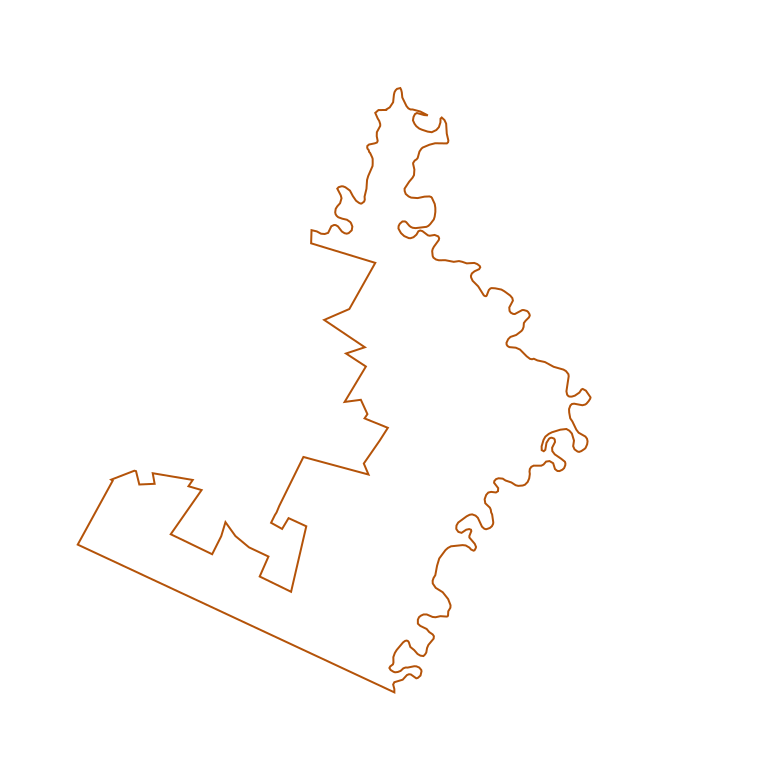 outline of Benemérito de las Américas, Chiapas, Mexico, rotated 25°
{"feature_id": "50627088B65687353920950", "entity_name": "Benemérito de las Américas", "entity_type": "district", "adm_level": 2, "iso_a3": "MEX", "parent_name": "Mexico", "parent_adm1": "Chiapas", "projection": "orthographic", "projection_center": [-90.543, 16.339], "detail": "fine", "context": "isolated", "style": "outline", "palette": "amber", "viewbox_px": 768, "rotation_deg": 25, "n_neighbors": 0, "source": "geoboundaries", "source_scale": "gbopen_adm2", "svg_char_len": 6165}
<svg xmlns="http://www.w3.org/2000/svg" viewBox="0 0 768 768"><g transform="rotate(25 384 384)"><path d="M253.3,275.2L258.5,287.3L324.9,277.9L320.9,330.7L302.7,351.2L351.1,358.8L336.7,372.4L360.2,375.8L355.9,416.9L369.7,408.1L381.7,418.3L380.9,423.4L406.0,422.1L404.0,437.2L399.3,464.6L408.2,472.6L341.8,484.2L340.6,538.8L340.9,545.9L340.5,548.9L340.3,557.5L352.9,558.4L354.2,545.9L373.7,545.8L387.6,611.6L352.7,611.0L352.2,589.2L330.7,589.1L313.6,584.6L298.7,576.2L300.8,590.7L300.2,610.9L254.2,610.3L263.5,557.2L250.0,559.3L251.2,551.8L212.1,562.6L218.3,571.4L204.7,578.5L196.1,567.8L194.4,568.1L177.2,586.0L179.0,586.3L174.3,659.0L523.7,659.1L522.3,656.1L519.3,652.5L519.4,649.9L525.9,644.1L527.8,638.1L529.3,636.5L531.1,635.9L537.6,637.1L538.8,636.2L540.3,632.8L539.4,628.5L538.6,627.4L535.8,626.1L532.7,626.2L530.7,627.0L525.3,631.0L523.3,631.9L521.7,633.5L520.3,637.0L518.2,639.2L515.9,640.6L514.3,640.8L510.9,640.4L508.9,639.1L509.0,637.3L510.6,634.3L510.3,632.5L507.9,627.6L507.5,623.2L507.9,619.7L510.5,610.1L511.7,607.9L513.1,606.9L514.5,606.9L515.7,607.6L519.0,611.2L523.8,612.4L528.5,614.5L531.8,614.8L534.7,613.9L535.5,611.8L535.8,609.5L534.6,605.1L534.5,601.7L536.6,593.8L535.8,591.5L534.0,590.4L529.8,589.7L526.2,588.0L519.1,587.9L516.0,586.9L514.3,583.3L514.3,580.5L515.4,578.3L517.2,576.2L520.1,574.8L526.5,574.6L529.3,573.6L533.2,570.6L539.1,568.3L539.8,567.7L539.9,566.8L538.3,562.8L538.7,558.7L537.8,556.4L533.0,551.8L525.2,547.9L517.0,546.9L512.5,544.2L511.2,541.7L510.9,538.8L511.3,535.6L508.9,526.3L507.8,518.8L509.9,508.6L511.2,505.6L513.3,502.8L523.3,496.8L526.3,495.8L530.6,496.2L532.8,497.2L535.6,497.2L536.3,496.5L536.5,494.2L536.3,492.8L533.8,490.5L526.3,487.1L525.6,485.7L525.3,480.4L524.4,479.3L522.5,479.5L520.1,481.3L517.2,486.1L513.9,486.6L511.0,485.0L510.5,484.3L509.5,481.6L509.8,478.2L514.8,469.0L516.9,466.3L519.0,464.9L522.6,464.6L525.6,465.6L533.1,471.9L536.1,472.8L537.9,472.5L539.1,471.4L540.8,469.7L541.9,467.3L542.0,464.7L541.5,463.2L537.1,456.5L535.4,455.1L533.9,452.8L532.2,451.3L526.2,449.3L523.9,445.9L523.5,441.3L524.4,438.3L526.7,436.5L531.3,435.0L532.6,433.0L531.5,430.1L525.5,427.0L525.0,425.3L525.8,422.8L527.7,421.0L531.6,419.6L534.9,420.1L541.1,419.4L546.1,420.1L548.7,419.6L552.6,417.4L554.3,415.7L555.6,412.1L555.5,408.2L554.2,403.9L552.9,401.9L552.1,399.4L552.5,396.8L554.2,394.7L561.0,391.6L562.6,389.6L563.7,385.8L566.6,383.9L570.8,384.3L574.9,388.8L577.2,389.4L578.1,389.5L579.9,388.7L581.9,386.3L582.4,385.1L582.8,384.1L582.6,380.9L581.9,379.2L580.8,378.0L576.3,376.9L568.5,375.6L564.9,373.7L563.3,370.7L563.5,364.3L562.2,362.2L561.1,361.6L558.7,361.8L557.5,362.6L556.7,363.9L556.1,368.6L558.0,375.5L557.2,377.4L554.9,377.3L553.2,373.9L552.2,367.2L552.5,363.5L554.4,359.6L556.6,356.8L563.1,350.9L568.3,347.7L571.8,348.0L575.2,349.5L580.1,355.0L581.7,360.4L584.3,362.7L587.9,363.4L589.5,363.1L591.2,361.4L593.3,357.9L593.7,356.6L593.6,352.8L592.7,349.9L591.1,347.8L588.7,346.5L581.0,345.9L577.6,344.1L570.5,338.3L567.3,336.4L563.9,331.6L562.3,328.5L562.0,324.7L562.8,322.7L564.6,321.5L572.8,319.4L575.0,317.6L575.8,316.3L576.7,313.1L577.1,310.1L576.8,308.8L569.8,304.7L566.2,304.5L565.3,305.5L564.7,309.2L561.9,313.9L559.6,316.0L557.7,316.9L556.4,317.1L554.5,316.3L552.4,313.5L548.1,298.9L547.0,297.2L543.5,295.4L540.6,295.1L530.5,296.7L520.5,296.1L513.0,297.8L509.1,297.8L507.7,299.0L505.7,299.5L501.6,298.6L492.7,295.3L488.1,295.4L482.0,297.6L480.0,297.4L478.5,296.5L477.6,294.9L477.6,290.9L478.7,287.9L483.1,283.7L486.2,277.8L486.6,276.0L486.4,273.3L485.0,269.6L485.6,266.8L487.2,262.4L487.2,260.4L486.4,259.3L484.2,257.8L482.6,257.4L479.5,257.9L478.0,258.6L473.0,265.3L471.4,265.9L468.8,265.8L466.9,264.7L465.2,261.7L465.6,254.0L464.0,251.9L461.0,250.5L453.9,249.1L450.5,248.8L444.3,250.3L441.0,251.6L440.1,252.4L439.3,254.5L439.7,260.5L439.4,261.2L438.5,261.6L437.0,261.5L428.1,255.7L420.7,253.0L418.0,250.7L417.1,249.3L416.9,246.7L418.4,243.6L421.7,239.7L421.9,237.5L420.9,236.6L417.9,235.9L414.7,236.1L408.0,239.7L403.2,240.2L400.0,240.9L395.6,243.8L387.2,245.9L381.4,248.7L378.5,249.2L375.4,248.6L374.0,247.4L371.5,243.2L371.1,241.2L371.2,238.6L372.8,230.4L372.4,228.6L370.8,227.3L366.9,227.5L362.8,230.3L361.0,230.7L354.2,229.2L351.9,229.6L350.6,231.1L350.3,234.9L348.7,238.5L346.5,240.6L344.9,241.3L339.8,241.4L335.7,240.1L334.1,239.0L331.4,237.0L330.5,234.7L330.6,232.1L332.0,228.9L334.3,227.8L335.7,227.9L340.1,229.9L341.8,230.3L343.9,230.3L346.7,229.4L356.1,223.6L357.4,221.9L358.3,219.6L359.6,213.8L359.2,210.9L357.8,206.3L356.1,202.7L353.9,199.4L348.7,195.0L347.7,194.6L345.9,194.8L341.5,197.1L335.9,201.3L329.8,203.6L327.0,203.6L323.4,202.6L321.2,200.4L320.1,198.3L321.3,190.1L322.7,184.9L322.9,182.0L320.9,176.8L317.3,172.1L317.0,171.2L317.4,168.5L318.6,166.6L319.0,164.9L317.9,158.3L318.5,154.8L319.2,153.3L324.1,147.9L328.6,144.2L339.3,139.4L339.9,137.8L339.4,136.1L335.1,130.6L330.3,121.8L327.2,119.2L323.7,118.1L323.1,119.6L324.6,123.1L325.2,128.0L324.1,131.7L320.9,135.6L316.9,136.8L310.9,137.5L308.0,137.6L304.3,136.7L301.6,135.2L298.8,132.8L297.9,129.5L298.0,126.3L299.3,124.5L306.7,123.3L310.2,122.0L301.7,121.7L293.9,123.1L292.0,124.0L289.6,123.9L286.9,122.6L279.5,116.6L276.9,112.2L275.2,110.1L273.7,108.9L271.1,111.0L270.4,112.8L270.2,115.0L270.7,117.5L273.2,124.8L272.3,130.9L270.0,134.3L270.2,134.7L263.2,138.1L261.5,142.0L266.2,146.1L268.5,147.6L270.7,150.0L271.5,151.7L271.1,158.8L272.7,162.5L275.5,166.3L275.6,167.6L275.5,168.2L273.9,169.8L269.2,173.3L268.3,175.3L268.8,176.7L269.6,177.7L271.3,178.5L272.4,179.9L273.8,180.5L277.6,183.7L278.6,184.8L280.5,188.8L281.5,191.3L281.8,202.2L282.4,206.2L285.6,214.5L287.2,222.4L288.7,225.1L288.9,227.1L287.4,229.9L286.4,230.4L284.7,230.4L281.2,229.7L276.3,226.8L271.4,223.1L265.8,222.0L263.3,222.2L261.9,222.8L259.7,224.8L259.1,226.7L265.0,231.2L267.0,233.6L267.8,238.7L266.6,242.6L266.2,245.6L267.2,249.0L268.4,250.6L270.0,251.6L272.1,252.2L276.4,251.8L281.0,250.8L285.0,251.5L286.2,252.2L288.8,254.7L289.8,258.4L288.2,262.2L286.7,263.5L284.5,264.0L281.4,263.6L275.6,260.6L273.1,260.4L271.5,261.0L269.6,263.3L269.5,270.6L266.9,273.1L263.4,274.4L258.6,274.1L253.3,275.2Z" fill="none" stroke="#b45309" stroke-width="2"/></g></svg>